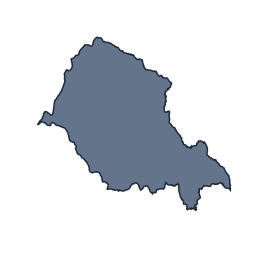 outline of Santa Rosa De Cabal, Risaralda, Colombia, rotated 167°
{"feature_id": "7082276B83235998403741", "entity_name": "Santa Rosa De Cabal", "entity_type": "district", "adm_level": 2, "iso_a3": "COL", "parent_name": "Colombia", "parent_adm1": "Risaralda", "projection": "equal_earth", "projection_center": [-75.574, 4.836], "detail": "fine", "context": "isolated", "style": "filled", "palette": "slate", "viewbox_px": 256, "rotation_deg": 167, "n_neighbors": 0, "source": "geoboundaries", "source_scale": "gbopen_adm2", "svg_char_len": 5622}
<svg xmlns="http://www.w3.org/2000/svg" viewBox="0 0 256 256"><g transform="rotate(167 128 128)"><path d="M42.3,44.4L41.7,46.6L41.9,47.9L41.0,49.1L41.4,49.9L41.1,50.9L41.2,52.0L40.5,54.0L40.7,56.5L40.5,58.8L41.0,59.4L41.4,60.8L42.3,61.9L42.4,62.9L42.9,63.8L43.5,67.5L44.2,67.9L44.7,68.9L46.2,69.8L47.3,71.1L47.4,72.6L48.3,73.6L49.2,75.1L49.7,77.2L50.5,76.8L50.5,77.3L51.3,78.0L52.4,77.9L52.5,78.6L53.6,79.7L53.7,80.1L54.2,80.0L54.8,80.6L55.2,81.8L55.7,81.9L56.7,83.7L56.9,84.6L56.8,85.9L55.9,87.2L55.4,89.8L55.6,90.5L55.2,91.4L55.9,94.4L55.9,95.0L56.4,95.8L56.5,96.8L56.7,97.0L57.2,96.2L57.5,96.2L57.7,96.5L57.8,97.4L58.8,97.9L59.3,98.6L60.5,99.3L61.7,99.1L62.2,99.4L62.7,99.1L62.7,98.6L63.2,98.0L64.1,97.9L65.3,95.6L69.3,95.8L69.9,95.6L70.2,95.2L70.3,96.0L71.4,94.7L71.4,95.3L72.9,95.1L73.9,96.3L74.3,95.8L74.7,96.2L74.8,95.7L74.9,96.7L75.3,97.1L75.3,97.8L75.7,98.5L77.2,99.3L77.6,99.9L77.5,101.7L78.3,103.1L78.3,105.4L78.0,106.3L79.2,107.9L78.9,108.9L79.2,109.6L80.4,111.0L81.0,113.1L81.6,113.4L81.6,114.5L82.3,116.6L82.2,117.2L84.6,119.6L85.2,121.8L86.6,123.5L86.0,125.9L85.5,126.9L85.2,131.1L83.9,134.2L83.9,134.9L85.3,135.3L87.4,134.7L88.5,135.4L88.8,136.4L88.3,138.4L88.4,139.0L88.0,139.9L88.0,140.8L86.9,141.5L86.7,142.2L86.3,142.3L86.2,144.2L85.8,145.2L85.1,144.9L84.9,145.2L84.6,146.7L84.7,148.1L85.0,148.7L84.9,149.3L84.4,149.4L84.2,150.0L83.7,149.9L83.5,150.3L84.1,151.1L84.1,151.7L84.6,151.9L84.7,152.2L83.9,153.8L83.5,153.9L83.4,155.0L80.9,156.1L80.7,157.2L79.5,156.7L79.4,157.5L77.3,158.5L77.4,158.8L76.8,160.1L75.8,160.8L75.6,161.7L75.8,162.5L77.5,164.6L78.1,166.8L79.0,168.1L80.5,168.1L81.2,168.7L82.0,168.8L82.8,169.8L83.0,170.9L84.2,171.9L84.9,171.5L85.9,171.5L87.3,174.0L87.9,176.9L88.9,176.8L89.6,177.6L91.1,177.9L93.1,179.3L95.6,180.0L96.4,180.7L97.5,180.7L97.8,181.3L97.9,182.3L98.9,184.4L98.5,185.5L99.1,186.8L98.8,187.6L99.0,189.0L98.8,190.8L99.1,191.5L99.9,191.5L100.4,192.2L101.7,192.9L102.3,192.4L103.7,192.6L105.6,195.5L106.0,197.4L106.6,198.2L107.5,198.1L108.0,198.9L108.7,198.6L108.8,199.4L110.2,199.5L110.6,200.3L112.3,200.7L112.8,201.3L114.7,202.2L116.0,203.7L115.9,204.5L117.2,204.5L118.4,205.5L118.6,206.4L119.3,207.5L119.5,208.7L120.3,208.8L121.3,209.8L122.5,210.3L122.8,211.4L124.0,212.2L126.0,214.7L127.1,214.8L128.5,216.1L129.7,216.0L131.6,217.6L132.7,217.7L133.1,219.1L133.1,220.0L134.1,221.8L135.8,222.5L136.9,222.6L137.7,223.4L140.1,222.4L142.2,220.2L142.9,218.5L144.1,216.6L145.3,216.0L145.9,216.0L147.5,217.7L151.5,218.7L153.1,217.2L155.6,215.7L157.9,213.7L158.7,212.7L159.2,210.9L160.7,210.3L162.6,210.4L165.2,208.3L167.7,208.2L168.0,207.3L167.9,203.5L168.4,200.8L168.9,199.6L170.3,198.0L171.8,197.2L173.2,197.3L174.9,198.5L177.9,194.9L178.1,192.5L178.9,190.1L178.6,189.5L179.0,187.8L179.6,186.5L184.3,179.2L186.9,176.8L187.3,176.0L189.1,174.9L191.4,172.3L192.8,171.6L193.8,169.8L197.0,161.1L198.5,158.1L200.2,157.8L201.9,160.3L203.0,160.9L203.7,162.3L205.4,162.5L207.1,160.9L207.5,159.1L209.1,157.6L209.4,156.7L210.0,155.8L211.6,155.1L212.9,154.0L215.5,151.3L213.2,152.2L211.6,153.3L210.2,153.3L208.6,152.1L207.5,151.7L207.1,150.5L205.6,148.7L203.2,147.8L202.7,148.1L202.1,149.3L200.6,150.4L200.2,150.3L198.7,149.1L197.4,146.9L196.7,146.4L194.8,146.0L194.0,145.1L189.2,141.8L188.8,140.1L188.2,139.1L188.0,137.5L187.5,136.5L187.7,133.5L187.5,132.8L187.7,131.5L187.6,129.2L186.8,127.9L185.1,126.7L183.7,126.3L183.6,124.0L182.5,122.0L182.6,121.1L183.8,119.9L183.3,117.2L183.2,115.1L182.3,113.4L181.5,113.1L180.5,112.2L179.6,109.4L178.5,108.5L177.3,106.7L176.9,105.3L176.4,105.2L175.2,101.4L174.7,99.0L174.7,97.7L175.0,96.9L175.2,95.0L174.2,93.3L172.8,92.3L170.0,92.7L169.1,92.2L168.3,92.5L165.7,90.6L165.5,88.3L164.6,85.8L164.9,84.0L164.6,83.0L165.1,82.2L165.0,81.5L164.7,81.1L163.4,81.2L162.5,80.8L161.8,79.6L160.8,79.1L160.0,76.9L160.3,76.0L161.4,74.6L161.6,73.8L162.1,73.3L162.0,72.9L159.6,72.8L158.1,72.3L155.2,70.4L152.4,70.2L151.5,68.7L150.8,68.8L150.4,69.5L148.2,68.1L145.7,67.5L144.3,68.2L142.7,68.0L141.1,68.4L140.0,69.0L137.8,71.4L136.6,72.3L134.3,72.4L133.6,72.8L132.7,72.9L131.5,72.0L130.4,70.1L130.6,69.6L130.2,68.6L130.4,67.0L129.8,65.8L129.7,64.7L128.4,65.0L127.3,65.7L126.8,66.1L126.5,67.0L126.0,67.3L125.5,67.5L124.4,67.2L122.9,67.8L122.5,67.6L121.0,64.3L120.9,62.3L120.5,60.7L118.8,58.2L118.1,59.3L117.3,59.6L116.1,58.7L114.9,59.3L114.6,59.7L114.2,61.2L113.6,61.5L112.0,61.2L110.9,61.6L109.7,61.2L108.0,61.3L107.1,60.4L106.4,61.5L105.7,61.6L105.0,63.8L103.8,65.4L103.3,65.7L103.3,66.2L102.7,65.6L102.7,64.9L102.1,63.9L99.7,62.8L98.4,62.8L98.1,62.3L97.7,62.3L97.5,61.9L97.2,62.1L97.0,61.7L95.9,60.9L95.4,60.9L95.1,61.4L94.5,61.4L94.0,61.9L93.8,61.6L93.4,61.6L93.1,62.0L92.3,61.8L92.0,62.6L91.3,60.7L92.1,58.6L92.0,56.8L92.5,56.0L92.6,53.0L92.2,51.5L92.5,49.9L92.2,48.1L91.8,47.2L91.8,46.0L90.9,45.7L90.5,44.3L90.4,43.4L91.0,42.5L90.7,41.2L89.3,40.9L88.7,40.3L88.4,39.7L88.3,38.6L87.9,38.0L88.9,36.3L88.9,35.4L88.4,35.0L86.1,35.6L84.8,34.7L84.3,35.7L83.9,34.9L82.8,34.8L82.1,35.2L81.4,33.5L80.7,33.2L80.5,32.6L79.6,33.1L80.0,34.2L79.3,35.3L80.5,35.9L80.9,36.4L80.7,36.9L80.0,37.8L79.3,37.3L78.7,38.0L77.4,38.5L77.1,41.8L73.5,43.6L73.0,44.3L73.1,44.8L73.4,45.4L73.3,47.3L73.8,49.2L72.9,49.6L72.8,50.1L73.2,50.4L73.1,50.9L72.7,50.9L72.4,51.6L72.4,52.6L71.0,52.4L70.1,51.8L69.8,52.4L69.1,52.7L68.9,53.3L67.8,53.9L67.0,54.8L66.5,54.2L64.0,54.0L62.9,53.1L61.0,52.7L58.6,54.7L56.6,54.4L56.3,53.6L54.5,53.3L53.9,53.6L53.4,53.1L50.5,54.1L49.4,52.8L49.0,53.1L48.3,52.8L48.2,52.1L48.7,52.3L48.2,50.6L47.5,49.8L47.5,49.0L46.9,48.8L46.5,47.7L45.7,47.1L44.5,47.2L43.8,46.5L43.1,46.3L42.5,45.5L42.6,45.0L42.3,44.4Z" fill="#64748b" stroke="#1e293b" stroke-width="1.5"/></g></svg>